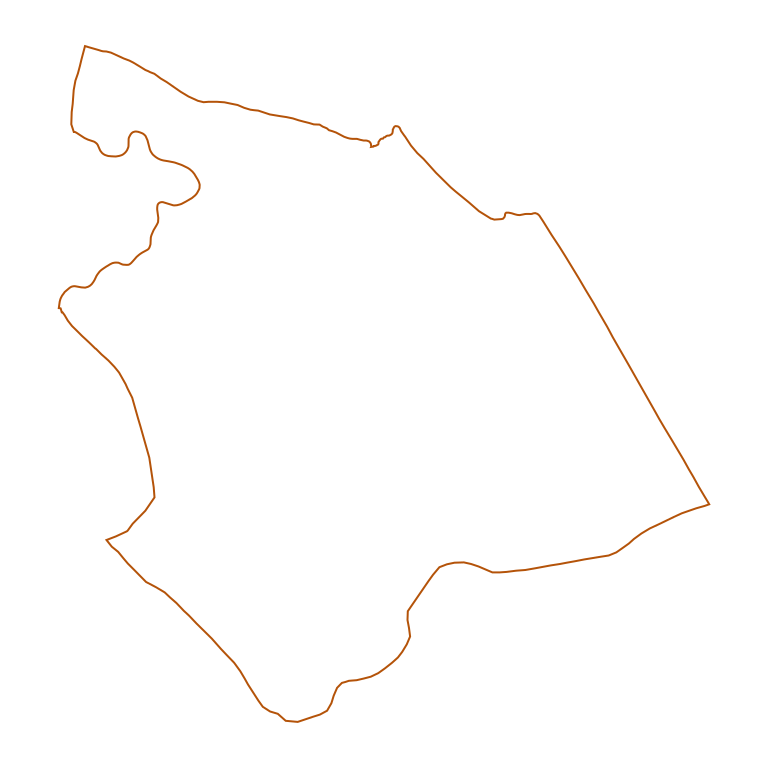 Panare, Pattani, Thailand
{"feature_id": "78962969B4451238967182", "entity_name": "Panare", "entity_type": "district", "adm_level": 2, "iso_a3": "THA", "parent_name": "Thailand", "parent_adm1": "Pattani", "projection": "orthographic", "projection_center": [101.496, 6.808], "detail": "fine", "context": "isolated", "style": "outline", "palette": "amber", "viewbox_px": 768, "rotation_deg": 0, "n_neighbors": 0, "source": "geoboundaries", "source_scale": "gbopen_adm2", "svg_char_len": 5963}
<svg xmlns="http://www.w3.org/2000/svg" viewBox="0 0 768 768"><path d="M285.7,720.8L297.7,721.9L313.2,716.7L319.9,714.6L327.1,710.7L331.4,703.2L333.7,695.7L337.1,687.8L341.9,682.9L345.3,682.0L348.9,680.8L356.6,680.2L363.9,678.5L370.8,676.7L378.3,673.1L384.9,668.4L392.1,662.7L397.9,657.5L402.2,651.9L406.8,644.3L410.1,636.5L409.0,628.0L407.5,620.0L407.8,611.2L428.6,580.9L433.0,574.8L439.4,567.2L446.9,564.3L454.5,562.7L463.9,562.4L471.1,564.0L478.6,566.5L485.6,569.5L492.4,572.4L499.6,572.4L506.7,571.9L516.1,570.7L525.3,570.0L535.1,568.3L550.8,565.4L559.9,564.0L567.3,562.6L575.7,561.1L584.5,559.4L593.7,557.9L600.3,556.8L608.7,555.5L616.3,552.4L623.3,547.5L628.9,543.5L633.9,539.0L641.4,533.5L649.9,528.4L658.3,524.5L667.0,520.3L674.0,516.9L681.8,513.3L688.7,510.9L696.2,508.3L704.7,505.9L709.2,504.3L708.2,502.5L704.1,495.7L698.8,486.8L693.1,476.5L688.9,469.4L683.4,459.5L671.5,439.5L664.5,427.9L659.2,418.9L655.3,411.9L642.6,389.5L633.7,373.8L628.6,364.8L619.1,348.3L612.8,337.3L607.2,326.8L598.6,312.0L593.7,303.3L585.9,290.4L578.8,278.3L565.7,256.8L559.5,246.9L551.5,234.8L543.3,221.6L539.3,215.5L537.5,213.9L535.2,213.1L533.2,213.4L531.9,213.9L530.4,214.0L528.2,213.9L525.2,214.0L523.3,214.4L519.6,215.1L517.3,214.9L514.9,214.3L511.8,213.3L508.8,212.7L506.2,212.7L505.4,213.4L505.0,214.7L505.0,215.5L504.4,217.2L502.9,218.8L501.3,219.1L494.3,219.6L491.9,218.8L490.9,218.6L479.0,211.2L468.9,202.4L462.2,196.9L455.7,191.6L450.7,187.3L436.0,172.8L423.5,158.9L417.3,153.1L411.0,145.6L404.9,136.3L404.5,135.9L401.1,131.1L399.7,127.9L398.5,126.7L397.4,126.3L395.5,126.1L394.5,126.6L393.8,127.5L393.3,128.8L392.8,129.4L392.8,130.4L392.7,131.6L392.4,133.1L392.1,133.6L391.4,134.4L389.4,135.5L388.7,135.6L387.9,135.6L387.3,135.7L386.4,136.0L386.0,136.4L385.4,136.9L385.0,137.2L384.4,137.3L383.9,137.4L383.4,138.0L383.0,138.6L382.5,138.7L381.7,138.7L381.2,138.8L380.5,139.3L379.6,140.4L379.2,141.0L378.9,141.6L378.5,142.0L378.4,142.6L378.5,143.3L378.3,144.2L377.9,144.7L377.2,144.9L376.8,145.3L376.1,145.6L375.3,145.9L373.6,146.0L373.3,146.4L373.3,146.6L371.2,146.9L371.3,146.7L371.2,146.6L371.1,145.5L370.9,143.9L370.2,142.5L369.0,141.4L367.1,140.7L365.8,140.5L363.5,140.5L360.2,139.8L358.5,139.3L357.0,138.9L355.7,138.9L352.8,138.9L350.0,138.6L347.6,138.0L344.2,136.8L336.0,132.5L332.4,131.2L329.0,130.2L326.8,128.3L322.7,126.6L319.6,124.6L313.8,124.4L309.2,123.0L303.6,121.6L298.7,120.3L292.8,118.4L286.5,117.1L279.9,116.1L269.6,114.4L269.1,114.2L258.2,110.6L254.1,110.2L250.4,109.7L244.1,107.8L237.6,105.0L231.1,103.7L224.4,102.3L217.0,101.8L208.5,101.8L203.6,102.2L197.9,100.8L188.5,96.5L180.7,91.8L173.5,86.8L166.6,82.0L160.7,78.5L154.4,73.8L150.0,72.1L148.3,71.2L145.4,70.0L139.1,66.1L133.3,62.6L129.4,60.6L123.8,58.5L110.9,52.6L106.4,51.5L103.0,51.3L101.2,50.9L98.8,50.1L88.7,47.2L85.0,46.1L81.5,59.3L79.9,66.0L77.9,73.5L75.4,80.7L73.7,90.1L72.7,103.8L71.7,112.0L71.3,124.3L73.8,132.0L74.5,132.0L74.9,132.0L75.2,132.1L76.0,132.5L77.0,133.1L84.5,138.0L87.9,139.6L92.4,141.1L93.7,141.5L94.7,142.0L95.5,142.6L96.3,143.2L97.0,143.9L97.7,144.9L100.0,150.1L100.5,151.0L102.0,152.9L103.2,153.9L104.6,154.8L106.5,155.5L108.2,156.0L111.5,156.3L115.8,156.5L119.3,155.9L121.5,155.2L122.2,154.9L123.2,154.3L124.7,153.1L126.0,151.7L127.1,150.1L128.3,147.2L128.5,146.0L128.6,140.6L128.6,139.4L128.7,138.5L129.0,137.4L130.6,134.4L131.7,133.1L132.6,132.4L133.2,132.1L134.1,131.8L135.3,131.5L136.0,131.5L138.1,131.8L140.3,132.5L142.5,133.4L143.6,134.1L144.6,135.0L145.4,135.8L145.9,136.7L147.5,140.3L149.9,149.5L150.7,151.4L152.3,153.9L153.3,155.0L155.3,156.7L156.4,157.5L158.2,158.6L160.4,159.6L162.0,160.1L163.6,160.5L168.0,161.2L173.7,162.3L175.2,162.7L181.2,164.8L182.6,165.4L187.7,167.9L188.0,168.1L189.7,169.2L192.4,171.6L193.4,172.8L194.3,173.9L197.6,179.4L198.1,180.3L199.0,182.3L199.5,184.0L199.7,184.9L199.6,186.2L199.5,188.1L199.3,188.8L198.9,189.7L198.5,190.4L197.5,192.3L196.7,193.6L195.7,194.8L194.7,195.8L193.3,196.9L193.1,197.1L192.0,198.0L185.3,201.9L181.5,203.9L179.4,204.6L177.0,205.2L175.8,205.3L174.2,205.4L173.2,205.3L171.9,204.9L163.1,202.2L162.8,202.1L161.6,202.1L160.2,202.4L159.4,202.8L159.0,203.1L158.3,203.7L157.7,204.7L157.4,205.9L157.2,207.6L157.2,209.7L158.3,217.9L158.1,221.4L158.1,221.9L157.6,223.2L156.5,225.3L153.7,230.0L153.4,230.6L151.6,234.8L151.1,236.3L150.8,237.7L150.5,244.2L150.1,245.6L149.5,247.3L149.2,247.9L148.8,248.5L148.3,249.1L148.1,249.3L147.2,249.9L142.4,252.5L141.3,253.2L140.1,254.0L138.8,255.0L136.6,256.9L133.2,260.8L131.2,263.0L129.7,264.2L129.4,264.4L128.8,264.6L128.3,264.8L127.7,264.8L127.0,264.9L125.7,264.8L123.8,264.7L122.9,264.6L122.3,264.4L121.7,264.2L118.7,262.8L118.2,262.7L117.8,262.7L116.8,262.6L115.5,262.6L114.3,262.7L113.5,262.9L112.5,263.1L110.2,264.2L107.8,265.7L106.4,266.5L104.0,268.1L102.0,269.5L101.1,270.2L100.3,270.9L99.5,271.7L97.3,274.6L96.8,275.5L96.6,275.7L94.6,279.9L93.4,281.9L91.7,284.2L91.1,284.7L90.1,285.6L89.5,286.0L87.8,286.9L87.4,287.0L86.0,287.4L85.4,287.6L84.7,287.6L83.3,287.5L81.9,287.4L81.0,287.3L76.7,286.5L74.9,286.2L74.0,286.2L73.2,286.3L72.2,286.5L71.3,286.8L70.6,287.2L70.1,287.5L69.4,288.0L64.7,292.0L63.6,293.6L62.1,295.6L61.1,297.5L60.4,299.1L59.7,301.7L58.8,308.1L59.9,308.2L60.4,308.3L60.6,308.4L60.6,308.5L60.8,308.9L61.1,309.9L61.7,312.2L61.8,312.4L61.9,312.5L62.0,312.5L62.5,312.3L64.5,315.0L67.8,320.6L72.0,326.0L76.9,330.8L82.0,335.9L88.6,342.0L95.4,348.6L95.9,348.8L101.5,354.4L108.4,360.5L114.4,366.8L119.1,372.6L125.6,384.1L127.6,388.6L132.2,397.7L138.0,418.2L140.5,426.6L149.3,457.7L153.7,487.2L154.5,497.4L145.3,510.8L132.7,523.7L127.7,530.6L126.9,531.3L115.9,536.4L106.5,540.0L111.8,546.7L118.2,551.9L123.4,558.3L127.8,563.5L134.2,569.9L139.3,575.1L146.1,582.0L155.8,587.1L164.7,592.4L170.1,597.5L176.5,603.1L183.8,610.8L188.9,615.5L196.4,623.4L211.8,638.6L221.0,649.0L226.4,654.7L234.1,662.7L240.3,671.2L244.7,678.6L248.0,684.5L253.6,693.2L258.3,700.5L262.8,706.8L270.1,711.5L277.8,713.8L285.7,720.8Z" fill="none" stroke="#b45309" stroke-width="2"/></svg>